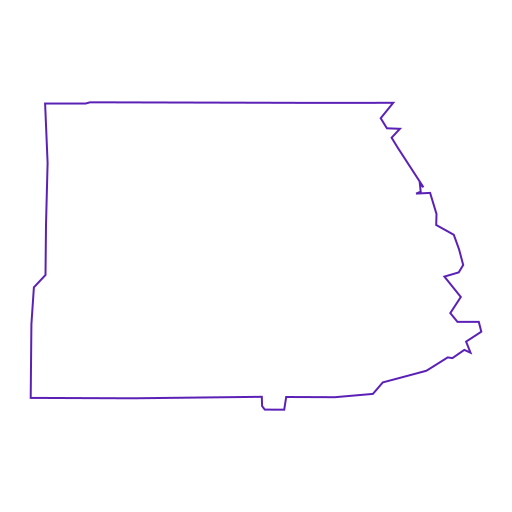 Copiah, Mississippi, United States of America (Albers equal-area conic projection)
{"feature_id": "52423323B66491934783020", "entity_name": "Copiah", "entity_type": "district", "adm_level": 2, "iso_a3": "USA", "parent_name": "United States of America", "parent_adm1": "Mississippi", "projection": "albers", "projection_center": [-90.323, 31.868], "detail": "fine", "context": "isolated", "style": "outline", "palette": "violet", "viewbox_px": 512, "rotation_deg": 0, "n_neighbors": 0, "source": "geoboundaries", "source_scale": "gbopen_adm2", "svg_char_len": 741}
<svg xmlns="http://www.w3.org/2000/svg" viewBox="0 0 512 512"><path d="M31.4,324.2L30.7,397.9L133.0,398.3L261.8,396.8L262.1,406.1L264.8,409.6L284.2,409.7L286.2,397.0L334.9,397.2L372.9,393.9L382.8,382.4L426.5,370.7L447.7,357.4L452.4,358.1L464.3,349.9L470.5,352.7L466.1,341.6L481.3,331.7L478.8,321.9L457.5,321.9L450.3,313.1L460.8,297.0L444.4,276.6L458.7,272.4L463.2,265.0L459.1,249.5L453.8,234.8L436.2,225.0L436.5,214.0L430.1,192.9L416.1,193.6L420.7,191.7L419.9,184.1L423.4,187.2L397.6,147.5L391.6,137.7L399.9,128.8L386.9,128.3L380.7,118.2L393.2,102.8L342.8,102.9L319.2,102.9L315.9,102.9L284.7,102.8L90.1,102.3L85.7,103.5L45.1,103.5L47.6,163.0L46.0,224.8L45.5,275.0L33.9,287.3L31.4,324.2Z" fill="none" stroke="#5b21b6" stroke-width="2"/></svg>